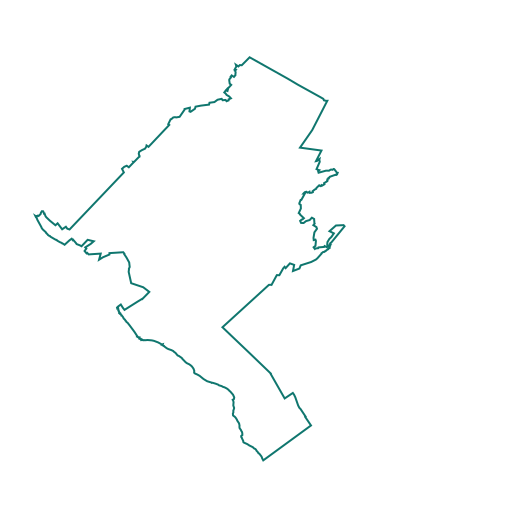 Salacgrīvas pag., Salacgrivas, Latvia (Robinson projection), rotated 322°
{"feature_id": "27541924B75150818202783", "entity_name": "Salacgrīvas pag.", "entity_type": "district", "adm_level": 2, "iso_a3": "LVA", "parent_name": "Latvia", "parent_adm1": "Salacgrivas", "projection": "robinson", "projection_center": [24.43, 57.695], "detail": "fine", "context": "isolated", "style": "outline", "palette": "teal", "viewbox_px": 512, "rotation_deg": 322, "n_neighbors": 0, "source": "geoboundaries", "source_scale": "gbopen_adm2", "svg_char_len": 6071}
<svg xmlns="http://www.w3.org/2000/svg" viewBox="0 0 512 512"><g transform="rotate(322 256 256)"><path d="M407.7,177.6L406.9,177.0L405.4,175.2L405.8,173.6L404.6,170.6L394.4,146.6L390.1,135.6L373.3,95.5L362.2,96.9L360.8,95.6L358.8,95.8L357.9,92.9L357.3,94.5L354.0,95.9L354.7,96.9L353.6,97.1L353.7,97.3L352.8,99.0L351.7,100.0L351.2,100.8L348.9,101.3L348.0,98.7L346.2,99.2L346.1,99.9L343.7,100.4L343.0,101.2L341.4,104.0L341.8,105.9L338.3,106.5L337.1,106.4L336.1,106.6L336.6,107.3L335.1,108.4L334.2,106.9L331.7,107.6L332.1,109.3L332.0,110.9L333.1,113.8L333.3,116.3L330.9,115.7L330.2,116.5L328.1,115.9L328.1,114.3L325.6,112.7L325.7,111.0L321.9,109.2L318.0,109.1L313.7,106.6L312.2,107.8L305.2,103.6L300.3,101.1L298.5,102.4L293.2,102.1L292.6,101.1L295.2,98.4L290.2,96.2L289.8,96.7L281.5,99.3L278.5,97.7L277.7,96.8L276.8,96.2L275.6,95.8L274.8,96.0L273.4,96.0L272.9,95.7L268.0,98.1L268.3,99.3L238.5,103.8L237.8,101.5L236.7,102.4L234.6,103.1L231.1,102.3L228.1,102.0L226.6,103.2L225.9,104.7L226.0,105.1L225.4,106.0L224.6,105.9L217.8,106.8L217.4,106.4L217.4,106.8L210.4,107.8L209.7,105.3L207.1,104.6L204.1,104.8L203.3,108.8L125.4,120.3L124.1,118.3L124.2,115.9L119.7,115.6L119.8,108.1L116.9,108.3L115.3,101.2L114.6,96.3L114.7,94.8L115.5,92.4L115.0,92.2L115.8,89.8L114.9,88.9L113.1,89.5L112.2,90.3L109.7,90.6L109.3,90.5L109.4,90.3L108.9,89.8L107.7,89.6L107.7,89.4L106.9,88.9L106.8,88.6L106.6,89.5L106.9,89.5L107.0,89.8L106.0,92.8L104.7,100.9L104.4,101.8L104.3,103.6L105.0,107.9L105.0,108.5L104.8,108.7L105.1,110.9L105.0,111.3L105.4,112.7L105.9,113.3L105.9,114.2L108.2,120.0L108.8,120.5L108.8,121.5L110.1,124.6L111.0,126.1L111.0,126.7L111.6,127.7L112.1,129.3L118.7,128.8L121.4,128.9L121.4,130.7L121.9,130.6L122.1,134.6L122.0,136.2L123.8,139.2L124.5,140.9L133.3,139.6L137.2,144.5L133.2,144.7L126.8,144.1L126.9,145.7L124.0,146.5L124.1,149.6L124.9,149.6L125.1,151.7L135.1,158.5L130.1,162.3L134.7,162.8L141.4,164.6L142.3,163.5L153.7,171.3L153.7,173.2L153.3,173.4L153.0,177.4L152.1,183.0L149.7,186.9L148.0,187.8L147.6,188.4L145.9,190.1L140.9,200.6L147.9,211.2L149.8,218.6L140.1,219.9L140.1,219.7L134.1,219.0L119.2,217.5L119.2,214.8L119.6,211.0L116.1,210.9L114.7,211.1L114.6,211.4L115.0,211.5L115.2,211.8L114.4,212.2L114.9,212.8L114.9,213.1L114.1,213.9L114.2,214.3L113.9,214.6L114.0,215.1L113.6,215.6L113.7,216.1L113.3,216.5L113.7,216.7L113.6,217.2L113.4,217.4L113.6,217.6L113.4,217.8L113.7,218.0L113.7,218.3L113.5,218.6L113.5,219.2L113.6,219.6L113.3,220.0L113.6,220.3L113.6,222.0L113.5,223.0L113.2,223.7L113.5,225.3L113.5,226.0L113.3,226.4L113.5,227.3L113.3,228.2L113.7,229.6L113.7,233.0L113.5,241.0L113.1,245.6L112.9,245.8L113.1,245.9L113.1,246.5L112.8,246.9L113.1,247.5L113.6,247.9L113.6,248.1L114.0,248.4L113.3,249.0L113.6,249.2L113.5,249.7L113.9,249.8L113.9,250.3L114.3,250.5L114.3,250.9L114.7,251.4L114.5,251.8L114.2,251.9L115.2,252.6L115.3,253.0L116.4,253.7L116.6,254.0L118.9,255.5L122.0,258.4L123.4,260.1L125.7,263.9L127.2,267.4L127.0,267.7L128.1,268.1L127.6,268.4L127.4,269.0L127.9,269.7L127.9,270.1L128.1,270.3L128.0,270.5L128.9,273.8L129.6,275.3L131.4,278.1L132.3,280.0L132.4,281.1L132.9,282.7L133.0,286.1L133.7,287.3L134.6,290.2L134.8,291.4L134.6,292.1L134.8,292.9L135.1,296.1L135.5,297.8L136.7,300.2L137.2,301.9L137.5,303.5L137.4,306.2L136.7,308.4L135.4,309.9L135.6,311.1L136.8,313.3L137.8,315.7L138.9,320.6L140.4,324.6L143.0,328.3L143.0,328.7L143.7,329.1L145.6,331.8L147.0,334.1L147.2,335.1L148.8,337.3L149.5,339.0L150.3,340.0L151.4,342.4L151.9,344.2L152.1,346.3L152.3,346.9L152.5,351.2L151.8,354.0L150.6,355.1L149.1,355.0L149.0,355.9L148.3,357.4L146.1,359.8L145.2,362.3L144.6,362.8L142.8,364.0L141.9,365.3L140.8,365.9L139.8,367.4L139.8,367.9L140.3,369.5L140.4,370.8L140.2,373.2L139.9,374.1L139.6,377.5L138.6,379.5L137.7,380.5L137.1,381.6L137.0,383.9L136.8,384.4L136.6,386.1L136.1,387.2L135.0,388.7L133.6,388.7L133.0,389.4L132.9,389.7L133.0,390.3L132.7,390.9L132.1,393.8L131.5,394.7L131.5,395.3L131.8,396.0L133.3,398.8L133.9,400.5L134.0,401.0L135.8,404.7L136.0,406.4L136.7,407.8L136.7,409.1L136.5,409.7L136.7,411.5L136.5,413.0L136.9,413.7L136.9,417.1L136.7,418.2L136.3,419.2L135.9,421.5L195.0,423.4L195.7,413.1L196.2,413.1L196.9,404.0L196.7,402.3L197.2,399.7L200.0,391.5L200.6,388.7L200.7,386.6L190.9,385.9L195.0,357.8L195.3,357.7L191.4,330.3L185.7,291.5L248.4,286.7L250.4,288.1L250.5,288.3L260.6,283.9L262.6,285.5L269.8,282.5L271.9,282.1L271.9,283.8L278.2,282.7L280.6,286.5L275.9,290.6L282.5,292.6L285.5,290.9L295.8,294.7L301.0,295.7L302.9,295.6L309.0,294.5L309.2,294.2L311.5,294.2L312.5,294.9L313.4,294.7L314.0,295.0L315.1,294.8L317.2,295.1L317.9,294.7L318.8,295.0L319.0,294.5L319.4,294.4L319.2,294.1L319.2,293.9L320.4,293.5L320.1,293.4L320.5,292.6L321.3,292.5L321.4,292.1L321.6,292.0L322.4,292.0L322.7,291.6L323.7,291.7L344.1,287.1L344.0,285.6L337.8,281.2L329.2,281.7L331.3,286.1L327.2,287.4L324.3,287.7L320.9,289.0L319.2,290.8L318.5,292.1L317.2,292.7L316.2,290.4L315.3,290.8L310.5,287.7L309.8,288.1L307.5,286.7L306.7,286.7L306.8,284.6L309.1,284.6L312.5,281.0L312.9,279.7L311.3,279.0L312.5,277.1L316.6,273.3L320.8,272.1L321.4,270.4L320.2,267.0L322.1,266.6L322.1,266.3L324.6,262.6L323.6,260.2L320.4,260.7L316.9,259.3L313.8,259.3L311.9,257.7L312.4,255.5L314.4,255.4L315.2,255.8L317.0,255.7L316.2,250.2L316.5,249.7L316.1,248.5L320.6,246.2L322.7,243.3L322.2,242.0L322.6,241.4L322.6,241.1L325.7,239.3L326.3,239.7L333.1,236.8L331.9,236.0L332.3,235.9L334.0,235.8L335.3,236.4L335.5,237.7L336.6,238.2L337.7,238.3L337.2,239.3L338.8,240.4L340.1,240.7L340.6,239.8L343.4,239.8L344.8,240.1L345.5,239.6L349.3,239.2L349.7,240.5L351.2,240.5L351.1,241.2L354.1,241.6L354.5,240.5L358.1,240.9L358.4,240.5L358.8,240.6L359.4,239.5L360.9,239.7L361.0,239.2L362.5,239.2L362.9,239.0L367.7,240.6L368.8,241.2L369.0,241.0L369.6,241.2L369.6,241.6L370.1,241.6L371.4,240.8L371.1,240.6L371.1,235.7L370.7,235.2L369.4,235.2L368.5,234.2L367.9,233.9L366.0,233.7L363.6,231.8L356.6,228.9L357.2,227.4L358.7,227.3L358.0,226.3L357.2,224.8L363.9,221.2L364.3,220.9L365.1,219.2L365.7,218.7L362.5,218.6L361.7,218.2L372.5,213.2L357.4,197.7L377.8,191.4L407.7,177.6Z" fill="none" stroke="#0f766e" stroke-width="2"/></g></svg>